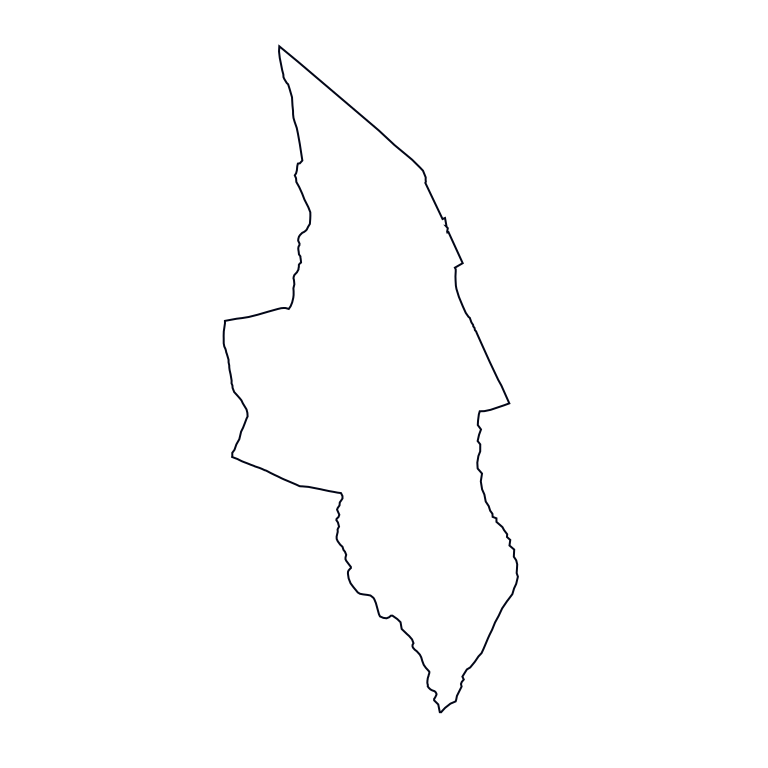 Tenancingo, Tlaxcala, Mexico, rotated 281°
{"feature_id": "50627088B17817736589505", "entity_name": "Tenancingo", "entity_type": "district", "adm_level": 2, "iso_a3": "MEX", "parent_name": "Mexico", "parent_adm1": "Tlaxcala", "projection": "albers", "projection_center": [-98.196, 19.15], "detail": "fine", "context": "isolated", "style": "outline", "palette": "ink", "viewbox_px": 768, "rotation_deg": 281, "n_neighbors": 0, "source": "geoboundaries", "source_scale": "gbopen_adm2", "svg_char_len": 4926}
<svg xmlns="http://www.w3.org/2000/svg" viewBox="0 0 768 768"><g transform="rotate(281 384 384)"><path d="M72.7,502.7L74.9,504.0L76.2,504.8L77.8,505.8L80.1,507.8L82.9,510.2L84.6,512.7L86.1,514.9L88.0,515.1L91.7,515.1L101.8,517.9L104.2,516.8L106.4,517.2L109.1,518.7L111.7,516.8L115.7,518.3L119.6,519.8L122.2,522.7L128.7,526.2L134.6,528.7L138.4,531.1L142.8,532.2L147.0,533.1L154.2,534.6L158.0,535.5L163.4,537.0L171.1,538.5L178.3,540.8L186.3,542.8L194.7,546.4L195.0,546.6L202.2,550.1L208.2,550.7L213.0,551.9L220.4,552.2L223.7,550.3L227.8,549.8L232.3,549.2L236.0,547.5L236.6,547.0L236.7,546.9L239.2,544.4L246.3,543.4L249.4,538.0L255.0,537.7L257.3,533.9L260.0,533.6L263.5,529.7L266.1,527.6L270.1,520.7L273.6,520.0L274.3,516.0L277.3,515.2L279.9,512.4L284.1,510.1L288.0,506.3L294.7,503.6L299.3,500.4L306.9,497.6L314.8,497.3L318.8,492.2L319.1,492.0L324.6,490.6L331.3,490.4L336.2,491.3L343.1,490.0L345.9,486.8L352.3,487.0L357.9,487.9L361.6,483.9L366.1,483.3L372.3,482.9L375.5,483.2L376.5,487.7L379.0,493.6L382.3,499.4L386.0,505.9L388.9,510.7L404.9,499.5L409.9,495.3L426.1,483.4L443.2,471.3L451.9,465.2L453.2,464.4L454.2,463.0L456.4,462.1L457.5,460.7L459.0,460.2L461.1,458.1L465.3,455.6L466.0,454.2L469.4,450.7L475.5,446.4L483.8,440.9L491.1,437.0L494.2,435.8L499.3,434.5L503.3,433.6L508.3,432.9L510.3,432.5L511.7,431.4L517.6,438.2L545.4,418.3L544.8,417.3L545.6,416.9L549.1,416.9L550.8,414.7L550.8,415.2L553.0,414.4L554.8,413.7L556.9,412.9L558.6,412.2L557.1,410.0L589.3,386.2L590.5,386.5L592.4,385.9L594.8,385.5L600.8,381.6L603.2,378.3L609.6,368.7L620.6,348.6L631.9,330.5L683.8,238.3L695.5,216.8L690.4,217.5L684.1,219.5L679.5,221.4L672.6,224.2L668.7,226.1L666.0,226.8L664.3,228.0L660.9,231.1L659.9,232.7L655.7,235.0L647.9,239.0L640.0,241.0L634.7,242.6L631.4,243.3L627.9,244.4L624.4,246.2L618.7,249.5L613.2,251.8L603.4,255.6L587.8,261.2L584.6,259.3L583.9,257.4L581.3,257.3L577.1,257.7L574.0,257.5L571.8,256.6L569.2,258.4L565.6,259.4L561.1,263.2L555.2,267.4L549.9,270.7L543.1,276.0L538.5,278.9L535.2,279.6L532.0,280.1L527.0,280.7L523.8,279.5L520.8,278.7L519.4,277.8L517.9,276.4L516.8,274.9L514.3,273.2L512.4,272.4L510.1,272.2L508.3,272.4L507.2,273.2L505.7,274.3L504.1,274.5L502.9,274.0L502.1,273.9L500.6,274.0L499.2,274.4L497.6,275.0L495.0,275.8L493.3,277.6L492.3,277.8L491.0,278.3L488.5,279.1L487.4,279.4L486.1,278.3L484.8,277.7L482.5,278.1L481.4,278.0L480.1,278.2L478.6,277.7L477.0,277.2L475.3,276.1L473.8,275.2L471.9,274.9L470.4,275.0L469.3,275.6L467.8,276.1L464.7,277.0L460.7,276.8L457.7,277.6L454.1,278.3L451.3,278.5L446.6,278.3L442.5,277.5L439.5,276.2L439.8,273.0L439.5,271.1L438.8,268.6L437.4,265.5L432.9,256.5L427.9,246.8L424.0,238.5L421.6,232.0L420.0,227.0L415.8,216.3L415.6,215.8L414.2,216.1L413.4,216.3L405.0,216.7L400.7,217.4L397.9,218.0L393.3,218.9L390.3,220.1L388.1,221.7L386.5,222.5L385.0,223.1L383.5,224.0L381.8,224.9L378.1,226.8L375.6,227.3L372.8,228.5L370.6,229.0L368.2,229.8L364.1,231.6L358.2,233.8L355.6,234.2L353.6,235.5L351.3,236.1L347.5,238.5L345.2,241.6L342.1,245.6L340.7,247.2L338.1,249.1L332.8,253.9L329.6,255.4L326.1,256.3L323.9,255.7L318.6,254.8L314.2,254.0L309.8,252.8L309.1,252.8L302.2,252.5L296.5,250.6L290.9,249.8L287.5,248.2L284.6,248.8L283.4,248.8L283.0,250.9L282.4,254.5L281.8,256.5L281.0,259.5L280.5,262.2L280.1,264.6L279.6,267.2L279.3,268.7L279.1,270.0L278.8,271.9L278.5,273.0L278.4,273.7L278.3,274.6L277.9,277.7L277.4,280.3L276.6,283.4L276.6,284.3L276.1,286.2L275.1,289.4L273.8,294.2L273.1,297.1L272.5,299.3L271.9,301.4L271.3,303.9L270.3,308.7L268.5,317.1L267.6,320.6L267.7,321.9L267.9,323.0L268.6,329.5L268.6,335.2L268.6,336.8L268.6,342.1L268.5,344.7L268.5,345.4L268.4,350.5L268.5,355.1L268.5,355.6L268.5,359.3L268.7,362.1L268.7,362.6L266.1,364.6L263.7,365.1L261.5,364.2L259.3,363.2L256.3,363.5L253.4,362.2L251.7,361.9L249.7,363.3L247.1,365.1L244.7,364.7L242.6,363.2L241.3,363.2L239.3,365.2L235.4,367.1L234.0,366.6L232.4,366.2L230.0,366.8L228.0,366.7L225.2,366.6L222.9,367.1L220.8,368.6L217.9,371.7L216.3,374.3L213.4,375.9L211.9,377.7L209.1,379.5L206.5,379.3L204.7,379.6L203.3,380.6L200.4,383.8L198.1,386.4L197.0,386.6L195.9,385.8L194.2,384.8L192.7,384.5L190.9,384.8L186.4,386.4L182.0,389.2L178.8,392.7L174.4,398.0L173.5,400.4L173.5,403.6L173.8,408.1L173.8,411.1L172.1,414.4L170.8,415.6L167.3,417.9L160.0,421.5L157.0,423.0L155.1,424.4L154.3,428.0L154.5,431.2L156.0,433.5L157.9,435.0L158.2,436.5L155.8,441.9L153.3,445.7L146.9,448.1L143.0,454.1L141.4,456.8L138.6,460.3L135.2,462.4L133.4,461.8L132.0,462.0L130.8,462.7L129.1,464.8L127.9,467.2L125.2,470.8L122.8,472.7L119.3,474.5L115.9,476.6L113.4,479.2L111.1,482.3L110.8,482.6L110.4,483.3L109.4,483.6L108.2,483.6L107.0,483.4L105.7,483.4L104.7,483.2L103.2,483.1L102.5,483.2L101.4,483.2L100.7,483.3L99.2,483.5L98.0,483.9L96.9,484.5L95.6,484.6L94.4,485.8L93.1,487.8L92.5,489.6L92.1,492.2L91.4,493.4L90.1,494.5L89.1,494.8L86.0,494.0L84.4,493.3L83.0,493.6L79.8,498.4L74.9,500.4L72.5,501.4L72.7,502.7Z" fill="none" stroke="#020617" stroke-width="2"/></g></svg>